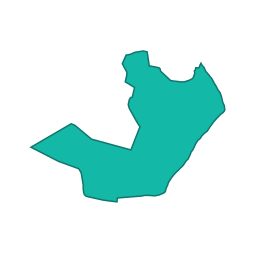 the district of Obanliku, Cross River, Nigeria, rotated 77°
{"feature_id": "59680162B73921161942586", "entity_name": "Obanliku", "entity_type": "district", "adm_level": 2, "iso_a3": "NGA", "parent_name": "Nigeria", "parent_adm1": "Cross River", "projection": "mercator", "projection_center": [9.31, 6.471], "detail": "fine", "context": "isolated", "style": "filled", "palette": "teal", "viewbox_px": 256, "rotation_deg": 77, "n_neighbors": 0, "source": "geoboundaries", "source_scale": "gbopen_adm2", "svg_char_len": 1738}
<svg xmlns="http://www.w3.org/2000/svg" viewBox="0 0 256 256"><g transform="rotate(77 128 128)"><path d="M86.7,40.1L83.1,41.9L81.3,42.3L82.5,43.4L84.8,44.9L85.2,46.0L84.6,48.5L86.2,49.1L86.9,49.7L87.3,50.5L89.9,50.7L94.3,53.7L95.3,57.9L95.7,62.9L94.8,66.7L93.8,69.2L92.4,73.3L91.3,75.8L80.1,83.4L77.3,83.5L76.2,84.4L72.8,91.9L72.5,93.3L58.1,92.2L56.4,95.8L55.8,104.4L56.7,108.8L56.7,110.6L56.7,111.5L56.5,113.4L64.1,119.1L73.5,116.5L76.9,117.6L82.4,120.3L90.0,112.5L99.1,117.0L98.9,118.6L100.6,120.3L105.2,122.5L108.9,122.4L123.2,118.3L128.0,116.7L129.1,115.8L150.0,130.1L130.7,166.0L113.4,179.2L111.1,182.4L124.9,226.9L132.3,218.1L144.8,203.3L155.6,186.7L156.7,185.1L160.8,183.8L163.4,183.8L173.8,184.5L175.8,185.1L180.7,185.7L183.1,185.5L184.8,184.4L185.8,182.8L191.2,171.5L192.8,168.1L197.5,155.4L193.8,154.0L196.9,133.0L196.9,132.9L197.4,129.8L197.4,127.0L198.8,121.1L199.3,120.1L199.7,118.4L200.2,116.6L200.2,114.8L200.2,112.1L199.8,110.7L199.8,109.3L199.3,108.0L198.9,106.6L198.0,105.7L196.7,105.2L195.3,104.3L194.0,103.4L192.6,102.3L192.2,102.0L190.5,101.1L189.4,100.0L187.3,97.9L186.0,96.5L183.8,93.8L182.0,91.1L180.7,88.8L179.8,87.4L178.9,86.1L177.6,83.8L177.1,83.1L176.3,82.0L174.9,80.6L173.2,78.8L171.8,76.5L169.6,74.7L167.8,73.3L165.6,71.9L163.8,69.7L162.1,68.3L160.3,66.9L158.5,65.5L155.8,62.8L155.4,61.9L154.5,60.1L152.3,57.8L150.5,55.1L148.8,51.4L145.2,47.8L144.1,46.4L141.7,43.7L139.0,40.0L137.6,37.9L137.2,37.3L135.5,34.6L134.6,32.3L133.3,30.5L131.9,29.5L130.1,29.5L128.4,29.1L126.5,29.4L126.1,29.5L123.9,29.9L120.3,29.9L118.5,29.9L114.5,30.3L111.3,31.7L107.7,32.6L107.2,32.7L103.7,33.9L98.8,35.2L96.1,36.6L93.7,37.7L92.5,38.3L90.2,39.5L89.8,39.7L86.7,40.1Z" fill="#14b8a6" stroke="#0f766e" stroke-width="1.5"/></g></svg>